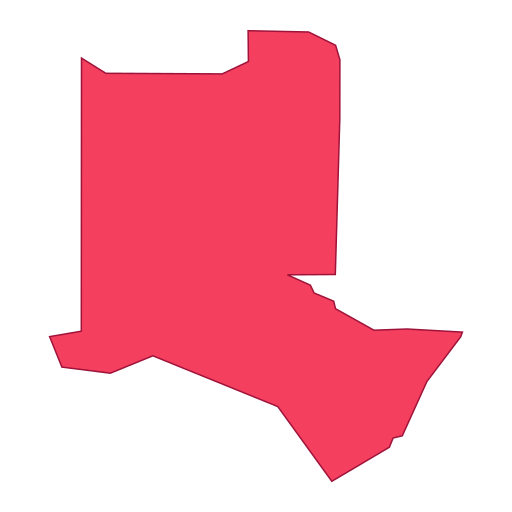 Los Alamos, New Mexico, United States of America (Albers equal-area conic projection)
{"feature_id": "52423323B125057761127", "entity_name": "Los Alamos", "entity_type": "district", "adm_level": 2, "iso_a3": "USA", "parent_name": "United States of America", "parent_adm1": "New Mexico", "projection": "albers", "projection_center": [-106.278, 35.865], "detail": "fine", "context": "isolated", "style": "filled", "palette": "rose", "viewbox_px": 512, "rotation_deg": 0, "n_neighbors": 0, "source": "geoboundaries", "source_scale": "gbopen_adm2", "svg_char_len": 492}
<svg xmlns="http://www.w3.org/2000/svg" viewBox="0 0 512 512"><path d="M335.3,274.5L339.8,119.0L339.9,59.8L335.6,45.3L308.6,32.0L248.1,30.7L248.4,61.5L222.2,73.9L105.8,73.3L81.5,58.1L81.3,331.2L49.6,336.6L61.9,367.1L110.3,373.2L152.8,355.8L277.8,406.6L331.8,481.3L389.4,447.2L393.1,438.0L402.3,435.8L426.9,381.5L460.7,336.8L462.4,332.1L407.0,329.0L373.9,330.2L335.5,308.7L333.7,301.2L314.1,293.0L310.4,285.2L287.3,274.8L335.3,274.5Z" fill="#f43f5e" stroke="#9f1239" stroke-width="1.5"/></svg>